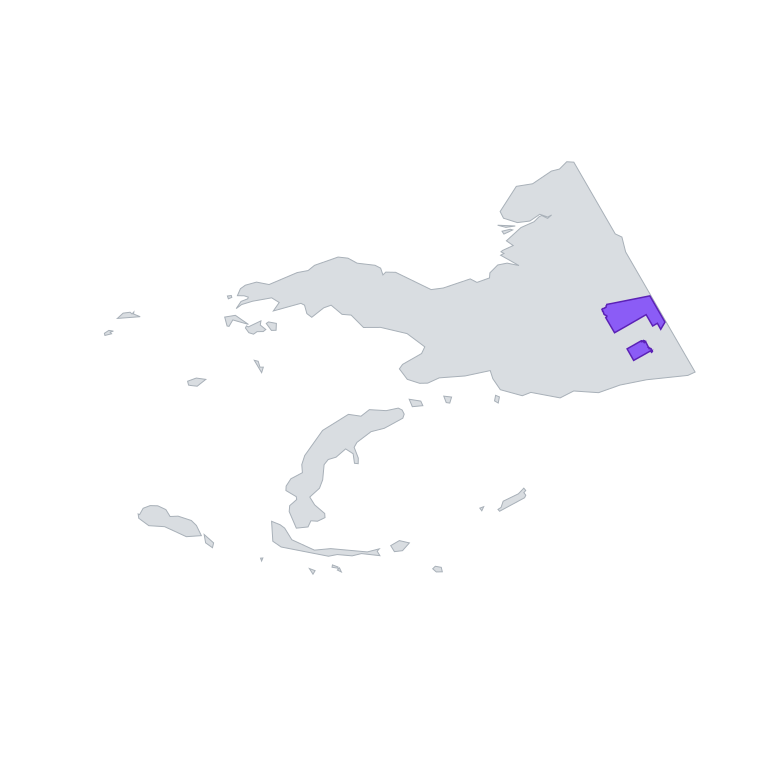 Telefomin District, Sandaun, Papua New Guinea (highlighted), rotated 150°
{"feature_id": "67681753B11623984799605", "entity_name": "Telefomin District", "entity_type": "district", "adm_level": 2, "iso_a3": "PNG", "parent_name": "Papua New Guinea", "parent_adm1": "Sandaun", "projection": "mercator", "projection_center": [141.969, -4.517], "detail": "fine", "context": "in_parent", "style": "filled", "palette": "violet", "viewbox_px": 768, "rotation_deg": 150, "n_neighbors": 0, "source": "geoboundaries", "source_scale": "gbopen_adm2", "svg_char_len": 6247}
<svg xmlns="http://www.w3.org/2000/svg" viewBox="0 0 768 768"><g transform="rotate(150 384 384)"><path d="M108.7,481.2L108.7,398.4L104.5,392.3L108.7,377.6L108.6,238.8L116.5,239.5L154.5,256.4L180.2,265.1L202.5,269.2L223.2,283.1L238.4,283.9L261.0,303.3L270.1,304.7L286.1,320.9L287.1,334.1L285.3,342.5L309.7,350.4L333.1,361.7L345.7,362.9L352.8,366.8L361.5,376.4L363.1,389.4L358.1,391.7L336.2,391.6L330.1,395.8L338.8,416.1L358.6,434.7L373.5,443.2L378.0,460.1L385.5,465.3L390.4,478.7L398.1,480.1L413.2,477.9L415.6,483.5L413.4,492.0L415.6,495.4L443.3,502.6L434.0,507.0L438.2,514.8L456.4,521.4L467.6,524.0L474.3,523.2L466.5,527.0L459.4,525.9L458.1,527.1L461.0,530.3L466.8,533.8L460.7,538.3L454.7,538.9L443.5,536.0L433.8,527.6L403.5,523.9L393.0,520.2L384.8,521.5L360.3,516.9L352.3,511.0L346.9,502.1L332.4,491.3L329.0,486.0L330.4,479.0L326.5,480.0L318.1,474.9L296.0,442.2L284.7,437.5L256.8,431.9L252.7,425.5L239.6,423.1L236.7,427.3L226.0,430.2L216.9,427.1L207.9,419.1L218.6,437.2L214.8,437.1L216.6,440.0L214.5,440.4L202.9,439.3L206.4,446.8L187.2,451.0L172.9,449.5L166.1,451.3L163.2,451.1L159.5,445.6L154.3,446.6L158.7,446.7L164.2,453.1L176.2,452.2L187.8,457.1L197.6,467.8L197.2,475.3L170.6,489.0L155.2,483.1L132.6,484.7L124.6,482.4L114.6,485.1L108.7,481.2ZM510.2,298.4L515.7,302.1L521.3,298.2L532.0,303.0L529.9,320.9L526.5,325.8L517.4,327.6L516.3,330.3L522.2,340.8L519.8,344.5L512.0,348.5L499.0,348.0L495.5,355.3L488.4,361.7L460.4,374.5L430.0,375.5L420.0,367.6L409.5,369.1L395.4,359.8L383.7,356.0L381.3,352.4L381.6,347.8L384.8,345.0L405.8,345.5L419.1,349.2L436.6,347.0L441.5,344.1L443.3,332.7L446.2,327.9L449.2,330.1L445.6,339.0L449.7,347.0L462.1,344.6L470.1,346.5L476.2,344.1L485.0,331.7L492.0,326.0L504.8,323.2L504.5,314.0L500.1,301.5L501.9,297.8L510.2,298.4ZM663.5,390.3L661.9,394.4L661.0,393.1L654.7,396.8L647.3,395.6L640.8,391.6L635.7,384.3L635.5,376.2L628.4,372.5L619.1,362.1L617.2,355.3L618.0,344.0L631.5,350.6L645.3,370.1L658.5,378.9L663.5,390.3ZM558.9,303.4L550.0,321.3L544.3,314.0L542.1,308.9L541.7,295.2L527.3,274.9L512.5,268.1L482.4,246.9L470.5,243.6L473.5,242.6L473.4,237.4L488.3,248.4L497.5,251.1L509.8,259.7L518.2,262.6L554.6,294.3L558.9,303.4ZM319.1,215.2L347.5,216.0L348.0,218.4L344.3,218.6L339.4,222.9L322.5,221.7L315.0,223.9L314.5,220.9L317.2,220.0L316.8,216.8L319.1,215.2ZM462.4,489.8L467.7,492.8L472.1,492.4L475.4,496.0L476.0,501.8L474.1,503.1L472.9,501.3L459.0,500.2L461.7,496.9L459.1,490.3L462.4,489.8ZM459.0,240.7L449.0,240.7L441.5,233.7L451.3,230.4L458.8,233.6L459.0,240.7ZM482.9,515.1L489.4,511.4L490.9,512.7L488.5,521.6L478.4,517.8L471.6,503.4L482.9,515.1ZM536.0,477.1L546.9,475.5L552.2,479.4L553.8,480.8L552.7,484.6L543.6,483.0L536.0,477.1ZM561.5,564.2L582.1,574.1L574.5,575.8L568.0,573.1L567.2,570.6L564.6,571.5L565.9,569.8L561.5,564.2ZM369.8,358.2L360.7,350.8L361.2,345.8L370.8,350.2L369.8,358.2ZM455.7,495.3L453.0,495.5L446.9,490.3L450.6,484.5L454.7,486.7L455.7,495.3ZM615.0,343.6L611.0,331.6L614.4,328.0L617.9,335.6L615.0,343.6ZM338.3,343.6L332.0,338.9L336.6,334.6L339.4,336.8L338.3,343.6ZM434.2,199.6L430.7,200.5L426.1,196.6L427.4,192.2L432.7,195.1L434.2,199.6ZM296.7,314.1L293.0,318.4L290.5,315.1L294.6,310.4L296.7,314.1ZM484.3,455.0L484.5,469.4L481.6,466.6L483.0,460.6L480.1,458.9L484.3,455.0ZM200.1,458.7L206.2,464.7L191.3,455.2L200.1,458.7ZM205.4,457.3L197.3,454.9L195.6,453.1L205.2,453.9L205.4,457.3ZM601.4,565.6L600.8,567.7L595.5,568.0L591.9,565.1L595.3,565.8L594.8,563.7L601.4,565.6ZM540.6,254.8L540.9,261.5L537.0,256.8L540.6,254.8ZM520.6,251.3L519.1,253.1L515.3,248.5L516.0,247.5L520.6,251.3ZM476.2,535.6L475.6,538.5L472.0,537.0L472.5,535.1L476.2,535.6ZM517.4,246.2L514.5,247.0L514.9,242.5L517.4,246.2ZM362.7,225.3L363.1,228.6L359.0,227.9L362.7,225.3ZM578.5,291.9L578.0,294.9L575.9,293.9L578.5,291.9Z" fill="#d9dde1" stroke="#a8b0b8" stroke-width="1"/><path d="M122.3,299.9L116.9,299.9L117.0,293.0L109.7,297.1L109.7,327.4L151.2,341.5L151.3,341.3L151.5,341.2L151.8,340.9L152.0,340.8L152.3,340.7L152.5,340.6L152.6,340.4L152.8,340.4L152.9,340.2L153.0,339.9L153.2,339.6L153.4,339.5L153.5,339.4L153.8,339.4L154.0,339.4L154.3,339.5L154.5,339.6L154.8,339.6L155.0,339.6L155.3,339.5L155.5,339.4L155.9,339.6L156.0,339.6L156.3,339.7L156.3,339.8L156.5,339.9L156.8,339.9L157.1,339.9L157.4,339.9L157.5,339.9L157.8,339.7L158.1,339.5L158.1,339.4L158.1,339.2L158.0,338.9L157.9,338.7L157.9,338.4L158.0,338.2L158.1,337.9L158.2,337.7L158.3,337.7L158.3,337.4L158.1,337.1L158.0,336.8L158.1,336.7L158.2,336.4L158.2,336.2L158.2,335.9L158.2,335.7L158.3,335.5L158.3,335.4L158.5,335.2L158.5,334.9L158.5,334.7L158.6,334.4L158.4,334.1L158.4,333.9L158.4,333.7L158.2,333.6L158.1,333.4L157.9,333.2L157.8,332.9L157.7,332.8L157.6,332.7L157.5,332.4L157.4,332.3L157.4,332.2L157.2,331.9L157.2,331.7L157.3,331.5L157.3,331.4L157.3,331.2L157.2,331.2L157.3,331.0L157.4,330.9L157.5,330.8L157.7,330.7L157.9,330.7L158.0,330.6L158.3,330.7L158.5,330.7L158.6,330.8L158.8,331.3L158.7,313.1L145.7,313.0L122.3,313.0L122.3,299.9ZM136.3,277.7L135.3,277.9L135.2,278.3L135.3,278.4L135.3,278.5L135.2,278.6L135.3,278.6L135.3,278.8L135.3,279.0L135.2,279.1L135.0,279.3L135.1,279.5L135.3,279.7L135.3,279.8L135.3,280.0L135.3,280.3L135.3,280.5L135.2,280.6L135.2,280.8L135.3,280.9L135.4,281.0L135.5,281.1L135.6,281.3L135.6,281.5L135.8,281.7L135.9,281.8L135.7,281.8L135.8,281.9L135.9,282.0L136.0,282.0L135.9,282.1L135.9,282.3L136.0,282.4L136.2,282.5L136.3,282.6L136.5,282.6L136.6,282.8L136.5,283.0L136.4,283.2L136.5,283.3L136.4,283.3L136.4,283.5L136.5,283.6L136.6,283.8L136.3,289.2L136.1,290.1L136.3,290.1L136.5,290.2L136.6,290.3L136.7,290.5L136.8,290.6L136.8,290.4L137.0,290.3L137.2,290.2L137.3,290.0L137.4,289.8L137.5,289.6L137.8,289.6L138.0,289.8L138.0,290.1L137.9,290.2L137.7,290.5L137.4,290.7L137.0,290.8L136.9,290.9L136.9,291.0L136.9,291.3L137.0,291.4L137.4,291.4L137.6,291.4L137.8,291.5L137.8,291.8L138.0,291.7L138.0,291.4L138.4,291.3L138.6,291.3L138.8,291.5L139.0,291.8L139.1,292.0L139.3,292.1L139.5,291.9L139.8,291.8L140.0,291.9L140.0,292.0L139.9,292.3L139.7,292.3L139.2,292.3L139.1,292.5L139.4,292.7L139.5,292.8L155.9,292.9L156.0,280.1L156.0,279.8L156.0,279.6L136.6,279.4L136.6,279.2L136.4,279.0L136.5,279.0L136.5,278.9L136.5,278.7L136.5,278.4L136.5,278.2L136.5,277.7L136.4,277.7L136.3,277.8L136.3,277.7Z" fill="#8b5cf6" stroke="#5b21b6" stroke-width="1.5"/></g></svg>